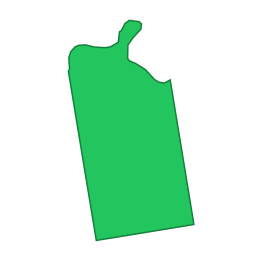 outline of Sully, South Dakota, United States of America, rotated 81°
{"feature_id": "52423323B41548750764016", "entity_name": "Sully", "entity_type": "district", "adm_level": 2, "iso_a3": "USA", "parent_name": "United States of America", "parent_adm1": "South Dakota", "projection": "orthographic", "projection_center": [-100.502, 44.723], "detail": "fine", "context": "isolated", "style": "filled", "palette": "green", "viewbox_px": 256, "rotation_deg": 81, "n_neighbors": 0, "source": "geoboundaries", "source_scale": "gbopen_adm2", "svg_char_len": 506}
<svg xmlns="http://www.w3.org/2000/svg" viewBox="0 0 256 256"><g transform="rotate(81 128 128)"><path d="M233.6,78.0L87.1,78.8L89.4,85.2L87.5,90.4L84.3,94.2L72.9,101.8L65.4,110.5L62.0,116.0L59.2,117.5L46.0,115.1L39.5,108.8L32.5,99.9L27.3,98.4L24.7,100.4L21.9,109.8L24.2,114.6L30.7,119.2L31.6,121.3L41.8,124.2L45.1,132.7L45.1,138.1L42.8,148.5L39.3,156.9L38.6,163.6L39.7,167.7L43.6,172.5L49.2,175.4L60.5,176.5L62.6,178.0L234.1,176.9L233.6,78.0Z" fill="#22c55e" stroke="#15803d" stroke-width="1.5"/></g></svg>